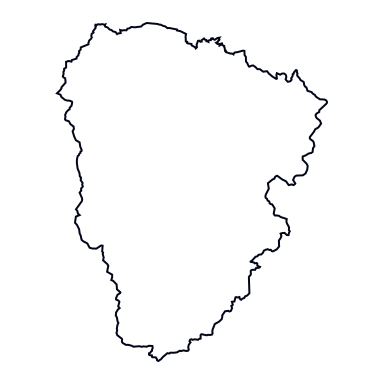 the district of Na Thawi, Songkhla, Thailand
{"feature_id": "78962969B50866975427255", "entity_name": "Na Thawi", "entity_type": "district", "adm_level": 2, "iso_a3": "THA", "parent_name": "Thailand", "parent_adm1": "Songkhla", "projection": "albers", "projection_center": [100.679, 6.621], "detail": "fine", "context": "isolated", "style": "outline", "palette": "ink", "viewbox_px": 384, "rotation_deg": 0, "n_neighbors": 0, "source": "geoboundaries", "source_scale": "gbopen_adm2", "svg_char_len": 5821}
<svg xmlns="http://www.w3.org/2000/svg" viewBox="0 0 384 384"><path d="M105.3,24.4L104.3,24.7L103.1,24.3L101.2,24.2L100.2,24.6L98.2,24.2L97.3,24.8L95.5,24.7L95.3,25.4L95.9,26.4L95.4,26.9L95.6,27.9L93.0,31.4L93.5,32.6L91.7,33.8L91.3,36.1L91.8,37.4L90.8,39.1L89.2,40.5L88.4,43.1L88.5,44.3L80.8,47.4L80.6,49.7L79.0,51.2L79.3,52.9L78.6,53.8L78.4,55.3L76.6,57.2L76.5,58.6L71.8,60.1L71.4,61.6L68.6,61.0L66.1,61.8L66.1,67.5L64.1,68.9L64.1,70.8L63.4,71.8L63.6,73.9L62.8,76.4L63.4,77.3L65.2,78.3L65.6,82.6L61.5,87.3L61.4,88.4L60.2,90.2L57.0,93.3L60.6,94.8L61.3,96.9L64.9,99.8L66.9,100.5L69.8,100.7L72.0,101.7L72.2,102.7L71.5,105.8L69.7,107.7L69.6,109.3L68.1,110.2L66.4,112.1L65.1,115.0L65.5,116.6L65.0,119.1L65.6,120.2L68.9,121.3L70.5,124.2L73.6,126.5L73.9,129.0L72.6,131.3L74.2,136.5L75.9,140.2L79.6,142.4L80.3,146.9L81.6,149.7L81.6,150.9L80.5,151.6L80.4,152.8L79.3,153.8L78.8,155.3L77.7,156.0L76.9,159.8L76.9,163.1L77.6,168.5L79.4,172.9L79.9,176.5L81.0,177.5L80.7,180.2L82.6,183.0L82.2,184.6L82.8,186.5L81.1,188.6L81.2,190.7L79.6,192.6L82.0,198.1L82.2,199.7L81.9,201.1L76.0,209.3L77.4,211.1L77.9,213.6L79.6,215.1L75.9,216.6L75.0,222.7L76.9,224.8L79.1,229.2L79.7,233.6L80.6,235.3L81.6,239.8L83.1,241.2L87.3,243.4L89.6,247.7L92.3,248.5L96.4,248.6L101.1,245.5L102.6,245.7L102.2,251.5L103.1,252.7L102.7,253.9L103.7,257.6L103.1,260.3L107.5,264.3L108.3,265.8L107.1,271.8L112.1,274.6L112.2,276.9L111.3,280.1L113.1,280.8L116.6,284.4L117.0,289.4L120.4,292.3L120.1,293.1L117.5,294.8L116.0,298.4L116.1,299.5L118.6,300.7L119.4,301.8L118.2,306.4L119.6,308.1L118.0,309.4L116.1,312.5L115.8,315.6L116.9,317.4L117.6,321.6L118.4,322.9L117.5,324.9L116.8,328.6L117.2,330.1L116.5,333.0L117.3,335.2L121.8,338.7L122.1,339.4L121.9,341.7L122.6,342.9L126.0,344.9L128.2,344.8L131.9,345.8L133.4,346.7L139.4,346.2L141.6,346.8L143.5,346.4L146.7,346.7L148.9,345.8L152.4,346.0L152.7,348.1L152.1,349.4L152.0,350.8L151.0,351.5L150.3,352.8L149.0,353.3L149.0,354.7L149.5,355.1L151.9,355.4L151.9,356.8L152.4,357.2L155.8,357.4L156.8,358.9L157.1,360.3L158.2,361.0L161.0,359.2L163.0,356.9L167.4,353.2L169.3,353.5L170.8,352.6L173.1,352.8L176.9,352.4L179.9,350.7L180.8,351.1L183.5,350.4L186.4,351.0L188.3,350.6L188.8,349.4L188.2,347.5L188.8,344.7L190.5,342.4L189.5,341.2L190.2,339.7L191.4,339.3L192.6,339.8L194.9,339.3L198.0,339.8L199.3,338.8L200.6,338.6L200.6,335.1L201.4,334.2L206.8,335.3L208.0,334.8L210.0,335.0L212.1,334.5L212.6,333.1L212.3,331.5L212.6,329.6L214.8,324.0L219.0,321.7L221.7,319.2L222.3,316.7L222.2,315.5L225.0,311.3L228.1,310.8L229.4,311.5L230.9,310.9L232.1,308.1L231.3,305.9L232.5,305.3L232.8,304.7L231.9,301.8L234.4,301.5L235.5,297.3L236.1,297.1L237.5,297.5L239.4,297.0L239.8,298.8L241.1,299.8L242.5,298.6L244.3,298.0L245.0,296.4L247.3,295.5L249.4,293.2L248.9,277.6L249.1,276.5L250.4,275.3L250.9,274.0L250.7,271.0L251.2,270.3L252.6,269.8L255.2,269.8L255.8,268.2L259.5,267.6L260.0,266.9L257.3,265.7L257.3,263.6L256.6,263.0L254.7,263.3L253.8,262.4L250.7,261.9L250.6,261.5L252.0,260.6L255.6,256.7L257.4,256.3L258.5,254.8L261.4,254.4L263.0,252.7L263.9,250.6L265.8,249.7L267.7,249.2L269.2,249.9L270.8,249.8L271.8,251.1L272.9,251.4L276.7,249.4L279.1,246.5L278.9,240.5L280.6,238.1L281.4,236.0L280.6,233.6L282.5,233.0L284.6,232.9L286.8,235.0L288.5,235.1L289.0,232.7L289.8,231.3L288.9,230.2L289.0,227.2L286.9,223.3L286.4,221.5L286.7,219.0L280.6,217.0L279.1,215.9L276.6,215.4L275.2,215.6L274.6,215.2L273.7,213.7L274.7,208.4L272.2,204.4L270.6,204.0L269.6,203.2L269.3,201.5L267.6,200.5L267.1,199.0L265.6,197.7L265.4,196.2L265.9,194.4L268.8,188.7L267.9,183.2L272.8,179.3L274.3,178.8L274.9,177.2L276.1,176.1L277.3,175.8L282.3,179.5L286.0,181.3L288.7,185.1L291.8,184.4L293.4,185.1L294.7,184.3L295.3,183.5L293.1,180.0L294.5,176.8L296.3,175.6L302.9,175.3L305.5,173.5L307.2,169.8L307.7,165.9L306.5,163.6L302.7,159.8L302.7,156.5L305.7,155.4L308.6,153.5L311.2,153.0L312.6,152.0L313.0,148.2L314.4,146.2L313.7,142.3L312.9,141.0L310.3,139.2L309.8,138.2L309.9,137.0L313.7,132.1L315.2,129.3L318.4,127.4L321.1,123.6L319.9,120.6L316.5,117.9L315.6,115.7L315.7,114.8L316.5,113.6L319.2,112.0L319.3,110.2L326.2,103.9L326.9,102.9L327.0,101.8L326.2,100.4L324.4,99.5L319.9,99.3L315.7,96.5L315.2,95.2L312.5,93.4L311.6,92.1L307.5,90.8L306.4,87.4L304.9,86.4L304.2,85.0L303.7,82.0L300.5,80.0L299.6,78.3L297.5,76.1L297.1,74.9L297.5,73.4L296.8,72.2L297.0,70.7L296.5,70.1L295.8,70.1L293.8,72.6L293.6,73.9L292.7,74.2L292.6,76.1L291.2,78.3L291.6,79.7L290.4,81.2L287.8,81.8L285.9,79.8L285.6,79.3L286.3,77.2L286.1,75.6L285.4,74.4L284.0,73.5L281.9,73.6L280.2,74.7L276.9,73.2L276.4,74.9L276.9,78.5L276.2,78.9L272.5,76.6L268.8,73.5L267.1,71.2L263.2,71.7L259.9,69.2L257.4,69.1L255.3,66.9L253.3,65.5L251.8,65.6L249.2,66.7L248.0,65.0L247.4,63.3L246.0,61.5L245.9,57.0L244.6,55.0L244.4,50.9L243.1,50.6L237.3,52.2L235.0,52.4L233.8,53.4L233.5,54.4L231.8,53.5L230.5,53.6L226.0,52.1L226.0,51.3L225.3,51.2L225.4,50.4L225.0,50.3L224.5,47.1L223.9,46.6L224.1,45.9L222.4,45.1L222.0,43.4L220.7,43.7L220.4,45.1L219.5,45.6L219.4,44.0L217.4,43.9L216.1,42.7L217.9,41.8L218.4,40.4L219.2,40.2L219.5,39.4L218.7,38.4L219.3,37.7L217.4,38.0L214.8,39.8L213.4,39.2L212.9,38.4L212.3,38.8L212.2,38.3L211.6,38.3L211.1,38.6L210.8,40.1L209.3,40.2L208.4,40.8L208.4,41.9L207.0,41.1L206.4,41.2L206.3,39.9L204.8,39.6L204.0,38.5L201.6,40.2L201.6,41.5L200.8,41.3L200.3,41.7L198.9,40.6L198.0,40.9L196.6,44.7L196.9,47.4L195.7,48.4L195.2,47.3L191.7,45.4L191.5,44.0L187.5,43.3L187.0,43.0L187.2,41.8L185.8,41.4L185.6,36.0L186.1,34.0L180.7,31.3L177.0,30.4L177.0,29.5L169.3,28.0L167.4,28.1L165.1,26.3L163.4,26.0L160.7,24.7L158.6,24.5L157.8,24.0L146.7,23.0L143.0,24.7L141.2,26.5L135.1,27.3L131.2,27.0L129.5,28.3L127.4,28.7L126.5,30.3L123.3,30.2L122.4,30.6L120.2,30.0L120.7,33.1L118.0,33.5L117.1,34.1L115.6,32.1L112.8,31.3L111.6,30.1L109.6,29.5L107.5,27.4L105.3,26.7L104.8,25.7L105.3,24.4Z" fill="none" stroke="#020617" stroke-width="2"/></svg>